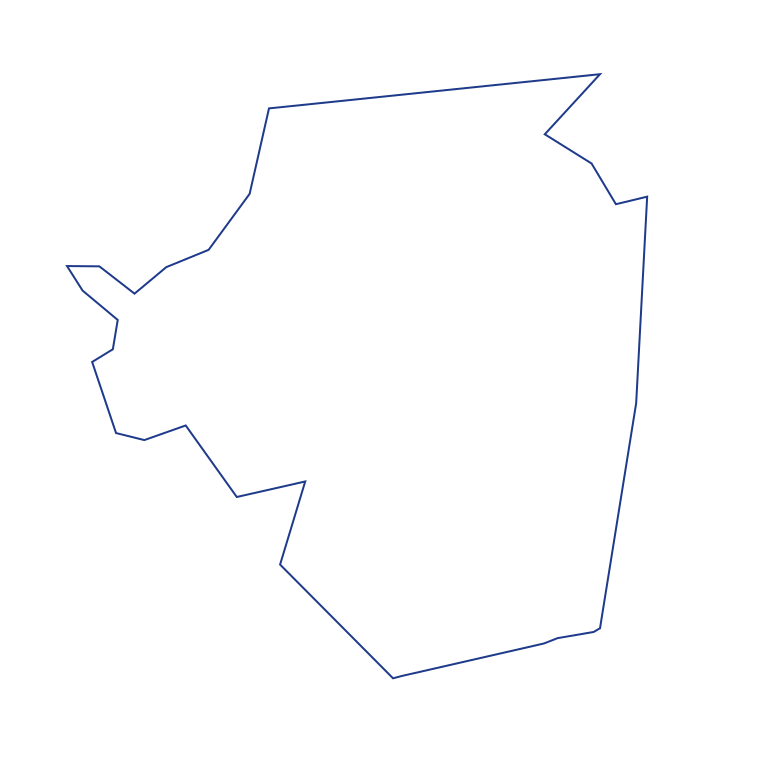 Cumberland, Kentucky, United States of America (Robinson projection), rotated 350°
{"feature_id": "52423323B62229431187562", "entity_name": "Cumberland", "entity_type": "district", "adm_level": 2, "iso_a3": "USA", "parent_name": "United States of America", "parent_adm1": "Kentucky", "projection": "robinson", "projection_center": [-85.438, 36.778], "detail": "fine", "context": "isolated", "style": "outline", "palette": "blue", "viewbox_px": 768, "rotation_deg": 350, "n_neighbors": 0, "source": "geoboundaries", "source_scale": "gbopen_adm2", "svg_char_len": 535}
<svg xmlns="http://www.w3.org/2000/svg" viewBox="0 0 768 768"><g transform="rotate(350 384 384)"><path d="M318.6,92.6L284.7,173.4L234.6,221.4L189.9,231.1L154.0,251.7L124.1,218.7L92.3,212.8L103.4,239.7L132.9,274.7L123.0,302.7L100.4,311.6L111.6,385.8L138.2,397.6L181.5,390.4L219.4,469.7L289.5,466.3L250.3,543.8L341.8,675.4L351.4,674.6L496.5,667.3L510.9,664.4L547.5,664.6L554.1,662.1L554.3,662.1L629.0,446.7L675.7,245.2L643.6,247.2L626.7,202.9L585.7,166.0L650.5,116.4L318.6,92.6Z" fill="none" stroke="#1e3a8a" stroke-width="2"/></g></svg>